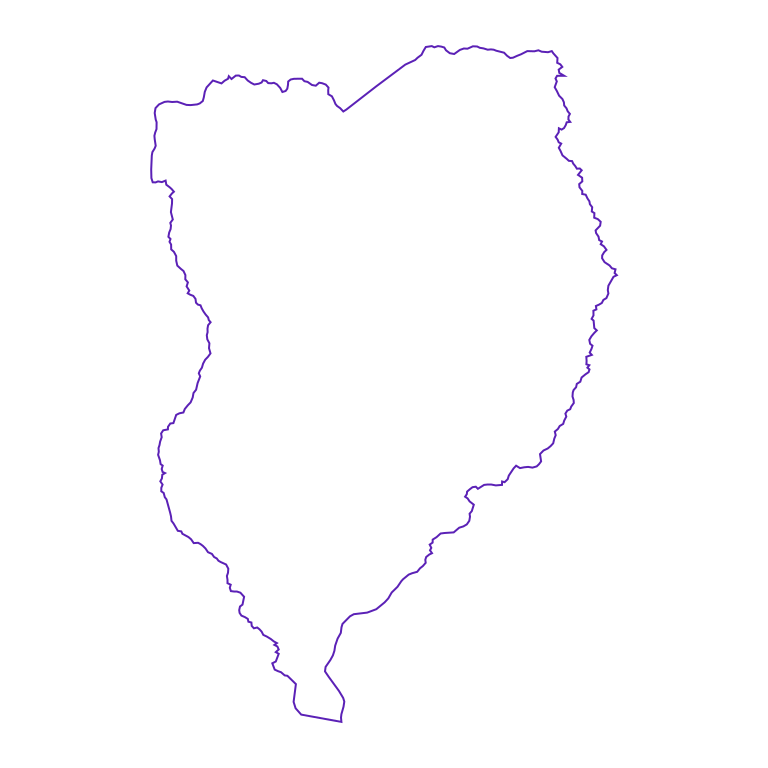 outline of Vera, Mato Grosso, Brazil
{"feature_id": "56859067B46133140187933", "entity_name": "Vera", "entity_type": "district", "adm_level": 2, "iso_a3": "BRA", "parent_name": "Brazil", "parent_adm1": "Mato Grosso", "projection": "orthographic", "projection_center": [-55.349, -12.485], "detail": "fine", "context": "isolated", "style": "outline", "palette": "violet", "viewbox_px": 768, "rotation_deg": 0, "n_neighbors": 0, "source": "geoboundaries", "source_scale": "gbopen_adm2", "svg_char_len": 6030}
<svg xmlns="http://www.w3.org/2000/svg" viewBox="0 0 768 768"><path d="M563.9,102.3L562.4,99.0L559.1,95.7L556.9,91.1L554.7,87.2L556.8,81.4L555.5,78.5L557.1,75.8L564.2,75.8L559.3,72.9L558.7,69.6L562.3,66.9L560.3,64.3L557.2,62.8L557.5,58.0L553.3,53.3L551.8,51.1L548.0,52.2L541.7,51.7L538.4,50.3L534.4,51.3L527.3,51.1L521.0,54.3L517.2,55.8L513.0,57.7L510.2,58.0L507.1,55.8L504.1,52.7L496.2,50.7L493.7,49.7L490.9,49.4L487.7,49.7L483.5,48.4L479.8,47.8L477.2,46.5L472.9,46.3L467.5,48.7L463.9,48.5L459.9,49.9L454.2,54.0L449.8,53.2L446.0,50.3L444.3,47.5L441.3,46.6L438.0,46.1L434.3,47.3L431.8,46.1L425.8,47.0L423.5,50.8L421.5,54.8L417.6,57.7L415.2,60.0L405.3,64.6L376.3,86.3L346.3,109.6L343.3,111.5L340.2,108.2L337.0,105.9L335.4,103.9L334.0,100.4L331.9,96.3L328.3,94.2L328.2,90.2L328.5,87.6L325.8,84.6L322.1,83.2L319.2,82.7L315.8,85.7L312.0,85.0L307.6,81.9L304.4,81.2L302.0,78.7L294.0,78.8L290.7,79.5L288.2,81.5L288.0,84.8L287.3,88.7L285.6,91.0L282.4,92.0L280.2,87.9L276.9,84.3L273.9,82.8L271.4,83.3L268.2,83.1L266.3,81.0L263.0,80.2L261.6,82.5L258.8,83.7L254.3,84.5L251.0,82.8L247.7,80.5L244.7,77.2L241.3,76.9L238.9,75.5L235.8,75.6L231.5,79.0L228.8,76.2L228.0,78.8L224.6,80.7L221.5,83.4L212.9,80.5L206.6,87.4L204.8,91.8L203.8,97.4L202.8,101.0L199.8,103.4L197.2,104.4L190.5,105.1L186.5,104.9L177.2,101.7L172.1,102.0L167.9,101.5L164.5,101.9L159.0,104.4L155.5,108.1L154.7,113.0L155.7,119.5L156.6,122.2L156.5,129.1L155.2,132.5L154.4,135.8L154.7,139.1L155.7,145.8L154.6,148.5L152.4,152.1L151.8,155.5L151.2,169.4L151.4,178.1L152.7,182.3L155.6,182.4L158.0,181.4L161.9,182.1L165.6,180.6L166.3,184.7L169.6,187.2L171.6,189.0L173.9,191.7L172.0,193.4L169.6,196.4L172.1,199.1L172.0,203.5L170.9,212.1L172.8,219.5L170.3,222.9L171.0,225.5L170.6,229.1L169.2,232.5L168.4,236.8L170.5,239.0L169.5,241.8L171.1,244.5L171.2,249.4L173.9,251.8L176.2,256.1L176.2,260.7L177.3,265.6L180.9,268.9L183.5,271.0L185.4,275.1L185.3,279.3L187.9,282.4L186.6,286.4L189.3,290.6L187.7,293.3L190.2,294.7L193.3,295.9L195.5,298.9L196.0,302.7L197.9,304.6L200.5,305.3L201.7,308.3L203.5,311.5L205.6,314.5L208.1,317.4L208.8,320.1L210.6,322.2L208.1,325.2L207.5,328.6L207.6,332.2L206.8,335.2L207.3,339.3L209.4,343.3L209.0,348.2L210.5,353.4L207.9,356.9L205.2,359.7L203.1,363.6L201.9,367.7L199.9,370.6L198.8,373.3L200.2,376.4L197.6,383.1L196.1,389.7L193.5,393.0L192.7,397.5L190.6,402.4L187.8,405.3L184.8,409.0L183.4,412.5L179.4,413.3L176.2,414.9L173.4,423.1L170.3,423.5L168.0,426.8L167.9,429.4L163.2,430.3L161.1,433.5L161.7,437.2L160.1,441.7L159.5,445.1L158.5,448.1L158.8,451.8L158.1,454.8L160.0,460.3L160.6,464.1L162.7,465.6L161.7,469.0L162.6,472.0L165.0,473.1L162.3,474.7L161.9,478.5L160.3,481.3L162.6,484.6L161.3,487.8L161.3,491.3L163.7,493.0L164.8,497.2L166.5,499.4L170.1,512.5L171.0,516.3L171.5,520.8L173.6,523.6L177.8,530.8L181.3,531.4L182.4,533.8L188.5,537.1L191.1,539.3L193.7,543.1L198.1,542.8L200.5,544.1L202.9,545.9L205.5,548.5L208.0,552.2L211.9,553.9L214.1,557.0L216.8,558.5L218.4,560.7L220.6,562.0L226.1,564.5L228.3,568.7L228.0,572.8L226.9,576.0L227.5,579.8L227.5,583.2L230.7,584.7L229.8,587.8L230.9,591.1L233.9,591.5L236.8,591.5L240.4,592.7L244.1,596.8L242.5,604.6L240.0,606.5L239.2,610.1L239.6,612.9L241.4,615.6L244.9,617.1L247.8,618.9L248.4,621.7L251.4,622.5L251.7,625.9L253.9,628.3L257.2,627.5L259.4,629.2L261.6,631.6L263.3,634.9L266.9,636.6L270.8,639.0L273.8,641.4L276.9,643.1L274.4,644.9L277.4,646.5L278.7,649.5L275.8,652.1L278.7,653.8L275.8,661.5L272.3,663.3L274.7,669.6L278.1,671.2L281.0,672.2L284.7,675.4L287.4,675.8L295.9,684.1L293.6,701.9L295.6,708.3L301.2,714.6L341.4,721.9L341.0,717.6L341.4,714.2L343.5,706.8L344.3,701.6L343.2,698.0L339.0,691.0L328.9,677.1L325.0,671.4L325.6,666.9L330.3,660.1L332.9,655.4L334.4,650.8L335.2,645.6L337.6,638.6L340.8,632.9L341.5,627.3L342.5,623.9L350.0,616.3L353.8,614.2L367.2,612.6L376.3,609.2L384.6,602.4L388.3,598.4L391.7,592.5L397.5,586.8L401.3,581.2L403.1,579.2L408.7,574.6L412.2,573.2L417.2,571.8L420.0,568.3L422.8,566.1L425.7,562.8L425.3,559.8L426.2,557.0L429.3,554.5L432.0,553.2L430.0,550.3L431.3,547.9L429.7,544.6L432.6,542.6L432.7,539.6L436.5,537.2L440.6,533.5L444.5,533.0L453.7,532.4L459.2,527.7L463.4,526.4L466.8,524.4L469.3,520.8L470.0,516.7L469.6,513.7L471.8,511.1L473.8,504.7L469.6,501.4L467.6,498.4L465.1,496.7L466.8,494.2L467.1,491.6L469.9,489.2L472.5,487.2L475.8,486.7L477.9,488.8L484.1,484.9L487.7,484.5L491.1,484.5L495.8,485.4L502.0,484.9L502.1,481.5L504.6,482.2L507.7,479.2L508.8,475.6L513.6,468.4L516.1,465.7L520.0,468.1L524.1,467.3L528.1,466.9L532.5,467.6L536.7,466.4L538.9,464.3L541.1,461.4L540.0,454.1L543.5,450.5L547.7,448.5L550.6,446.1L553.2,443.3L554.3,438.6L555.7,435.2L554.8,431.6L557.9,429.0L559.7,426.0L563.2,423.9L564.2,420.6L566.3,416.6L565.4,413.6L567.3,410.6L570.2,409.2L571.2,406.6L573.8,403.0L573.6,400.0L572.5,396.5L572.8,392.4L573.6,390.0L576.1,387.2L576.8,383.9L580.3,381.7L581.6,377.5L585.5,374.3L588.6,372.2L589.5,369.4L587.4,367.7L589.3,365.2L586.4,364.3L586.6,360.9L586.3,356.8L591.8,354.9L589.7,352.6L591.5,348.8L592.5,345.7L590.1,343.8L589.3,339.9L591.4,336.3L594.2,333.0L596.8,330.4L594.3,328.1L593.6,320.6L591.6,318.9L593.5,315.4L593.4,310.7L596.4,309.4L595.9,306.0L598.9,304.7L601.8,303.0L603.4,299.9L606.4,298.1L608.4,293.5L607.8,290.1L608.4,285.7L613.5,276.8L616.8,275.2L614.6,273.0L615.5,269.3L611.9,268.3L609.6,265.5L604.6,262.2L602.1,258.3L602.2,255.4L604.2,252.1L606.5,249.9L603.9,246.3L600.7,244.2L602.0,241.5L599.2,240.1L598.5,236.6L596.1,233.1L595.6,230.4L600.1,225.7L600.7,221.8L597.8,219.1L594.2,217.7L594.4,213.1L591.8,211.5L592.2,207.2L589.9,204.2L589.4,201.3L587.5,198.5L585.7,194.7L582.2,194.0L582.3,190.9L579.5,187.3L579.2,184.1L582.3,181.4L582.1,177.7L578.0,174.9L581.7,170.3L579.8,168.5L576.9,168.7L575.2,166.0L573.2,163.6L572.1,161.1L568.8,160.8L566.9,159.0L562.5,155.4L560.5,150.9L558.8,147.8L561.2,143.6L558.7,142.3L557.6,139.6L555.6,136.9L558.7,132.3L558.9,128.3L561.6,129.6L564.0,128.1L565.7,125.2L566.7,122.3L570.2,121.9L568.4,119.5L568.5,116.5L569.9,113.9L567.7,111.3L566.5,108.3L564.2,105.5L563.9,102.3Z" fill="none" stroke="#5b21b6" stroke-width="2"/></svg>